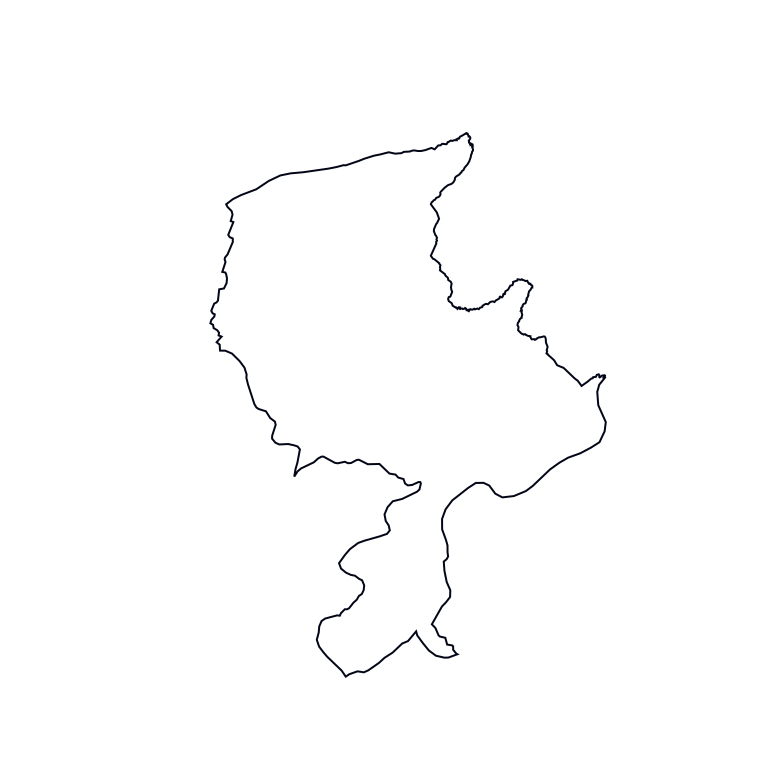 outline of Kasangulu, Bas-Congo, Democratic Republic of the Congo, rotated 43°
{"feature_id": "63176286B98008703469616", "entity_name": "Kasangulu", "entity_type": "district", "adm_level": 2, "iso_a3": "COD", "parent_name": "Democratic Republic of the Congo", "parent_adm1": "Bas-Congo", "projection": "equal_earth", "projection_center": [15.357, -4.804], "detail": "fine", "context": "isolated", "style": "outline", "palette": "ink", "viewbox_px": 768, "rotation_deg": 43, "n_neighbors": 0, "source": "geoboundaries", "source_scale": "gbopen_adm2", "svg_char_len": 6165}
<svg xmlns="http://www.w3.org/2000/svg" viewBox="0 0 768 768"><g transform="rotate(43 384 384)"><path d="M622.0,531.6L620.8,531.9L615.9,531.2L613.4,528.7L612.1,528.7L607.9,531.5L601.9,527.8L597.1,530.6L595.3,530.6L588.1,527.4L582.9,527.1L578.1,507.1L578.2,501.2L577.6,494.7L573.1,489.6L564.8,486.0L555.6,479.4L548.8,473.1L549.3,469.3L548.5,466.4L545.2,463.7L540.6,458.8L535.7,455.8L525.7,450.7L518.5,443.1L514.5,433.6L513.3,422.6L516.4,402.7L518.6,393.8L524.2,388.4L530.2,386.5L540.2,388.3L547.9,386.2L555.4,377.4L560.8,365.5L562.3,357.1L563.7,333.2L566.0,321.8L568.9,312.3L574.7,301.0L578.7,289.6L581.3,279.6L577.6,268.1L572.2,260.6L555.2,253.4L545.3,244.3L541.9,237.7L541.3,229.0L540.7,229.3L540.5,229.9L540.2,229.9L540.0,229.2L540.5,227.9L539.9,227.1L539.2,227.3L537.8,229.0L537.4,231.8L537.1,232.2L536.7,232.1L535.5,230.7L534.4,230.5L533.4,232.3L534.1,234.2L532.3,236.4L532.7,237.5L531.9,238.6L531.3,243.5L529.8,250.7L523.6,249.5L519.4,249.9L504.5,249.7L497.8,252.2L492.2,250.6L483.4,250.8L483.2,250.5L482.0,250.8L481.0,248.8L479.9,248.3L478.8,246.0L478.1,245.1L474.1,243.2L471.7,240.8L470.2,239.9L469.2,239.7L468.4,240.2L466.4,243.4L465.4,244.3L465.0,246.0L464.6,246.6L464.8,247.1L464.5,248.4L464.2,248.8L463.5,248.6L461.5,250.6L458.9,249.8L458.5,249.2L456.5,250.6L453.9,251.4L453.5,251.2L452.5,252.1L452.4,252.6L449.9,253.4L445.4,253.2L443.5,250.6L441.4,249.9L440.2,247.9L440.1,246.0L439.7,245.7L439.1,243.6L439.5,241.9L439.2,241.9L438.0,239.2L436.7,238.4L436.4,237.7L436.4,238.0L435.3,237.6L435.1,236.9L434.7,236.7L434.8,236.3L434.2,235.9L433.9,236.5L433.6,235.7L432.6,235.1L432.4,232.6L431.8,232.0L431.5,230.9L431.7,229.7L432.4,228.6L432.1,227.6L431.1,226.0L431.1,225.0L430.6,224.6L430.3,224.7L429.8,223.7L429.9,222.9L429.2,220.7L428.7,220.6L426.9,217.3L426.9,215.0L426.1,212.1L426.4,212.0L425.3,210.9L423.5,211.3L422.8,210.9L422.5,211.5L421.7,211.8L421.3,211.4L420.4,211.6L418.4,210.8L417.1,212.3L415.2,212.8L414.2,213.5L413.4,213.4L412.9,214.6L410.3,216.3L410.9,217.4L408.8,221.3L409.8,222.4L410.5,224.1L409.3,225.9L410.4,230.4L409.6,233.3L410.6,235.6L411.0,235.6L411.0,236.0L410.1,236.4L410.0,236.9L411.1,238.8L411.2,240.1L410.5,240.7L409.3,240.9L409.2,241.3L410.0,242.7L408.8,246.8L408.9,248.7L407.3,249.3L405.8,251.4L405.6,254.8L404.1,255.7L403.5,256.7L402.7,259.6L403.3,260.4L403.3,260.9L402.2,262.7L402.3,264.6L400.9,265.1L399.6,267.4L398.6,267.5L398.1,269.1L397.6,269.7L396.0,270.5L396.4,272.9L395.4,273.1L394.9,272.5L394.0,273.7L392.7,272.9L391.5,273.1L391.6,273.9L390.5,275.4L389.8,275.4L388.9,276.2L388.5,277.3L387.1,277.6L386.9,277.3L387.5,276.6L387.3,276.2L386.4,276.8L386.4,279.0L385.2,278.6L384.4,278.8L384.4,279.2L380.8,279.9L378.4,278.7L374.8,279.2L372.9,278.1L372.1,276.3L372.9,274.8L371.0,270.1L369.4,269.4L367.1,267.7L364.9,264.4L363.0,263.7L360.0,264.1L358.4,262.8L354.9,262.8L353.7,262.1L347.4,262.7L346.8,261.6L345.3,260.4L344.2,258.6L342.2,258.3L342.0,258.0L335.8,258.4L334.4,259.0L330.8,258.3L326.5,245.7L325.5,244.8L325.1,244.1L325.1,243.1L323.8,242.5L323.0,240.9L321.1,240.1L320.1,240.1L316.2,238.2L314.9,236.5L313.1,231.6L313.0,230.1L311.6,225.6L305.6,222.5L295.7,220.6L294.9,218.6L295.2,217.2L295.0,215.9L295.6,214.5L295.3,212.2L296.4,209.9L296.5,208.4L295.9,206.6L294.6,205.7L294.4,204.8L294.5,199.1L295.2,194.9L296.7,192.0L297.1,190.6L297.1,188.7L296.5,186.3L295.4,185.0L295.2,183.3L296.3,179.0L296.0,177.4L296.3,176.5L295.8,175.3L296.2,173.3L295.4,170.7L295.3,166.6L294.5,163.0L292.8,159.1L291.2,156.7L291.2,155.9L290.0,154.0L289.9,152.7L289.3,151.9L287.2,150.7L287.2,150.3L286.7,150.5L286.1,149.8L286.0,148.8L285.5,148.4L285.2,148.5L284.5,149.9L284.1,149.1L283.5,149.7L283.2,149.0L281.6,149.5L280.8,148.6L280.1,148.3L279.8,145.8L278.9,144.8L277.5,144.6L277.1,145.3L274.5,143.9L273.8,144.7L273.2,144.3L273.0,144.6L271.9,148.7L271.0,151.1L271.1,152.5L271.6,153.1L271.3,153.8L270.7,154.0L270.1,155.6L270.9,156.1L269.0,157.9L268.1,159.8L266.9,160.3L266.3,162.1L266.2,163.1L265.6,163.7L266.2,165.5L266.1,166.1L262.7,168.7L262.6,170.8L261.0,172.5L261.0,177.8L257.7,179.0L254.6,184.9L252.3,188.2L250.0,190.4L246.6,192.7L244.9,195.0L244.4,196.3L240.2,200.7L239.3,203.3L235.1,207.9L229.4,211.3L224.6,218.8L221.0,223.8L216.0,232.6L213.5,237.9L206.9,250.2L205.3,251.4L201.1,258.0L196.3,264.6L180.6,284.1L172.0,293.7L166.0,302.1L161.3,313.9L157.8,328.7L150.7,343.1L147.4,351.9L146.0,360.2L148.7,361.2L154.7,361.5L157.7,363.4L160.8,369.4L163.4,368.3L168.4,381.2L171.1,381.8L174.2,380.7L176.6,383.3L181.2,395.9L181.5,400.0L182.4,401.5L184.9,402.9L189.3,412.3L191.9,410.7L193.6,411.3L197.1,413.8L200.1,417.6L201.8,423.3L198.9,427.1L205.7,436.3L205.9,438.5L205.0,441.1L207.8,448.3L210.5,449.2L212.7,448.5L213.9,450.4L214.0,454.9L215.6,458.0L218.6,457.3L221.3,459.3L225.3,458.4L228.4,459.0L229.9,461.3L232.9,460.1L233.1,467.6L237.0,467.3L241.3,471.4L245.2,467.9L252.1,465.4L262.6,465.7L270.8,467.2L277.0,470.7L279.2,473.4L284.9,477.1L302.7,487.0L306.7,488.2L309.3,487.8L316.3,484.5L324.0,486.5L329.9,485.9L332.6,487.7L337.5,498.1L339.4,500.3L344.7,501.0L348.7,499.6L354.8,493.3L360.0,490.2L363.5,488.6L367.1,489.2L374.2,500.4L377.4,506.7L381.5,512.9L380.4,506.9L380.9,502.4L386.1,489.1L386.6,483.4L387.8,479.8L389.2,478.4L401.7,475.2L404.2,473.6L408.4,467.6L411.8,466.4L413.8,464.2L415.9,458.1L417.3,456.5L426.9,453.7L435.2,445.6L449.1,445.8L454.2,442.4L458.3,442.7L463.1,440.2L467.3,442.4L470.6,441.9L473.4,438.7L476.1,432.2L477.4,431.0L478.8,431.6L481.9,437.0L481.6,440.3L475.7,455.6L470.4,463.8L470.6,471.6L473.3,479.0L478.7,483.0L483.8,484.2L488.1,487.1L488.4,491.6L484.8,498.3L476.7,511.7L473.5,517.9L471.7,528.0L472.0,535.3L473.3,545.7L478.5,548.3L484.8,547.9L490.0,546.2L493.5,544.0L498.7,543.5L501.8,542.5L506.9,544.8L509.7,548.6L511.0,552.8L510.2,556.2L511.2,560.3L510.8,564.9L511.4,571.8L510.6,574.0L509.0,575.4L508.8,580.9L509.7,583.6L507.5,585.2L500.9,595.7L500.0,600.0L502.0,605.5L505.7,610.2L509.3,616.9L515.6,620.3L522.3,621.5L528.6,622.2L548.6,622.5L555.6,624.1L556.6,619.8L560.6,612.2L565.9,608.6L567.8,604.1L570.5,591.5L571.1,584.0L573.5,574.5L574.3,561.4L576.9,555.6L576.2,543.0L579.8,545.2L589.2,547.0L598.6,548.3L607.3,547.3L614.9,542.9L617.7,540.1L622.0,531.6Z" fill="none" stroke="#020617" stroke-width="2"/></g></svg>